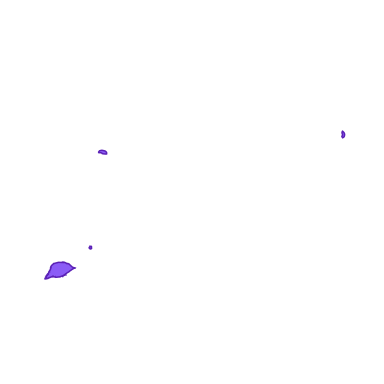 Uman, Federated States of Micronesia, rotated 259°
{"feature_id": "79324940B14491633646531", "entity_name": "Uman", "entity_type": "district", "adm_level": 2, "iso_a3": "FSM", "parent_name": "Federated States of Micronesia", "parent_adm1": "", "projection": "natural_earth1", "projection_center": [151.893, 7.153], "detail": "fine", "context": "isolated", "style": "filled", "palette": "violet", "viewbox_px": 384, "rotation_deg": 259, "n_neighbors": 0, "source": "geoboundaries", "source_scale": "gbopen_adm2", "svg_char_len": 3664}
<svg xmlns="http://www.w3.org/2000/svg" viewBox="0 0 384 384"><g transform="rotate(259 192 192)"><path d="M148.4,46.7L148.4,46.3L148.3,46.2L148.3,45.9L148.3,45.6L148.3,44.9L148.2,44.3L148.2,43.8L148.2,43.6L148.2,43.4L148.1,43.2L148.0,42.5L148.1,42.4L147.9,42.2L147.7,41.9L146.9,40.5L146.4,39.9L146.1,39.6L145.8,39.3L145.6,39.2L145.5,39.4L145.4,39.4L145.2,39.1L144.9,38.9L144.8,39.1L144.7,39.1L144.6,38.8L144.4,38.6L144.1,38.6L143.9,38.7L143.7,38.5L143.4,38.4L143.2,38.3L142.8,38.2L142.7,38.0L142.6,37.9L142.4,37.7L142.2,37.5L142.2,37.4L141.9,37.4L141.7,37.0L141.2,36.9L141.1,36.6L140.9,36.7L140.9,36.4L140.8,36.2L140.5,36.0L139.8,35.8L139.4,35.2L139.2,35.2L139.3,35.1L139.3,34.9L139.0,34.5L138.6,34.3L138.5,34.5L138.2,34.4L138.1,34.2L138.1,33.9L137.9,33.7L138.2,33.8L138.2,33.6L137.9,33.4L137.6,33.6L137.5,33.2L137.3,33.2L137.2,33.2L137.1,32.6L136.8,32.8L136.3,32.7L136.0,32.5L135.9,32.6L135.7,32.3L135.4,32.2L135.3,31.8L135.2,31.6L134.9,31.7L134.7,31.4L134.6,31.6L134.6,31.8L134.6,32.4L134.6,34.1L134.7,34.4L135.0,34.6L135.1,35.0L135.1,35.3L135.0,35.7L135.1,35.9L135.2,36.0L135.3,36.1L135.3,36.3L135.2,36.3L135.2,36.5L135.4,37.0L135.4,37.3L135.4,37.6L135.5,37.8L135.6,38.2L135.4,38.2L135.3,38.6L135.3,38.8L135.6,38.8L135.6,38.7L135.5,39.0L135.4,39.0L135.4,39.3L135.5,39.5L135.4,39.5L135.2,39.6L135.2,39.9L135.2,40.0L135.4,40.0L135.1,40.3L135.0,40.5L134.9,41.0L134.6,41.3L134.8,41.5L134.5,41.6L134.5,41.9L134.3,42.2L134.2,42.6L134.2,43.2L134.2,43.4L134.0,44.5L134.1,45.0L134.0,45.4L133.9,45.8L133.9,45.7L133.8,46.1L134.0,46.2L134.1,47.3L134.3,48.3L134.2,48.2L134.0,48.6L134.3,48.7L134.3,49.0L134.3,49.3L134.4,49.5L134.2,49.5L134.4,49.7L134.5,50.5L134.6,50.4L134.6,49.9L134.5,49.7L134.9,50.4L135.1,50.9L135.0,51.1L135.1,51.4L135.2,51.5L135.0,52.0L135.3,52.1L135.2,52.2L135.4,52.2L135.5,52.1L135.7,52.4L135.5,52.5L135.8,52.6L135.9,53.1L136.5,53.9L137.1,55.9L137.5,56.5L138.0,57.5L138.2,58.1L138.6,58.9L139.0,59.7L139.0,60.0L139.2,60.5L139.4,60.9L139.6,61.3L139.7,61.6L139.8,61.8L139.7,62.2L139.5,62.4L139.5,62.5L139.7,62.8L139.9,62.5L140.1,62.1L140.0,61.4L140.1,61.2L140.2,61.3L140.3,61.4L140.7,60.9L141.1,60.2L142.0,59.6L142.3,59.2L142.9,59.0L143.3,58.6L144.3,57.9L144.7,57.7L145.1,57.0L145.5,56.6L145.6,56.4L145.6,56.2L145.4,56.2L145.5,55.8L145.6,55.6L145.7,55.2L145.8,55.1L146.0,55.0L146.4,54.8L146.6,54.4L146.8,54.0L147.0,53.9L147.1,53.7L147.3,53.5L147.4,53.2L147.2,52.8L147.2,52.7L147.3,52.7L147.5,52.5L147.7,51.9L147.9,51.9L147.9,51.6L147.7,51.6L147.7,51.3L147.5,51.1L147.6,50.9L147.7,50.7L148.2,48.5L148.4,47.9L148.4,47.4L148.4,47.2L148.4,46.9L148.4,46.7L148.4,46.7ZM246.9,115.7L247.4,115.6L248.5,114.9L249.0,114.2L249.9,112.2L250.2,111.1L250.1,109.1L249.1,108.0L248.5,107.9L248.2,108.7L248.0,109.8L247.6,110.8L246.8,111.2L246.4,112.2L245.6,115.0L245.7,115.5L246.9,115.7ZM218.9,352.7L219.5,352.8L220.1,352.8L220.7,352.7L221.3,352.5L222.0,352.1L222.4,351.8L222.7,351.6L222.9,351.5L223.0,351.4L222.9,351.2L222.6,351.0L222.4,351.0L222.1,350.8L222.0,350.7L221.7,350.6L221.4,350.5L220.6,350.6L220.3,350.6L219.9,350.7L219.5,350.7L219.2,350.6L218.9,350.4L218.4,350.0L218.1,349.8L217.9,349.7L217.6,349.7L217.3,349.9L216.9,350.1L216.7,350.2L216.5,350.3L216.6,350.5L216.7,351.0L216.9,351.4L217.1,351.7L217.3,351.9L217.5,352.1L218.0,352.3L218.4,352.5L218.9,352.7ZM157.7,81.3L157.2,80.5L156.8,80.4L156.6,80.4L156.2,80.6L155.6,81.1L155.4,81.6L155.5,82.2L155.7,82.6L156.2,82.7L156.4,82.5L156.9,82.8L157.3,82.8L157.6,82.9L158.0,82.6L158.2,81.4L157.7,81.3ZM135.6,31.7L135.5,31.4L135.4,31.3L135.2,31.2L135.0,31.3L135.0,31.6L135.4,31.6L135.5,31.7L135.6,31.9L135.7,32.1L135.9,32.2L136.0,32.2L135.8,32.0L135.6,31.7Z" fill="#8b5cf6" stroke="#5b21b6" stroke-width="1.5"/></g></svg>